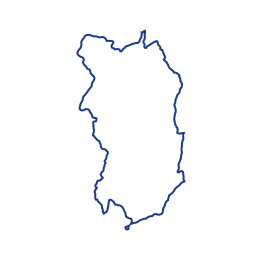 the district of Itinga, Minas Gerais, Brazil, rotated 15°
{"feature_id": "56859067B30106528147122", "entity_name": "Itinga", "entity_type": "district", "adm_level": 2, "iso_a3": "BRA", "parent_name": "Brazil", "parent_adm1": "Minas Gerais", "projection": "equal_earth", "projection_center": [-41.85, -16.599], "detail": "fine", "context": "isolated", "style": "outline", "palette": "blue", "viewbox_px": 256, "rotation_deg": 15, "n_neighbors": 0, "source": "geoboundaries", "source_scale": "gbopen_adm2", "svg_char_len": 5816}
<svg xmlns="http://www.w3.org/2000/svg" viewBox="0 0 256 256"><g transform="rotate(15 128 128)"><path d="M155.6,219.9L156.6,219.3L157.7,218.5L158.6,218.0L159.7,217.6L161.0,216.8L161.9,215.9L162.6,214.9L163.4,214.2L164.3,213.5L165.1,212.8L165.9,212.2L168.2,211.0L169.1,210.7L170.0,209.3L171.3,208.1L172.3,207.6L173.1,207.2L174.1,206.9L174.8,205.9L175.5,204.6L176.6,204.1L177.6,203.9L179.0,204.0L180.1,203.9L180.9,203.4L181.7,203.1L182.5,202.5L183.1,201.4L183.3,199.8L183.2,198.5L182.8,197.2L183.0,196.1L183.3,194.7L183.7,193.7L183.6,192.4L183.7,190.6L184.0,189.2L184.6,188.3L185.4,187.3L185.1,185.9L185.3,184.1L185.1,182.6L186.1,181.5L187.8,178.8L188.5,177.4L189.0,176.0L189.3,174.5L190.0,173.3L190.8,172.0L191.9,170.9L192.7,169.6L193.2,168.1L194.1,166.9L195.4,165.8L196.4,164.9L195.3,163.8L194.7,162.6L194.4,160.9L193.8,159.4L193.1,157.7L192.5,156.4L191.5,155.7L190.5,155.9L189.7,156.6L188.5,157.7L187.5,157.9L187.1,156.9L187.5,155.6L187.7,154.2L187.3,152.9L186.3,150.4L186.3,149.2L186.4,148.1L186.7,146.7L186.7,145.3L187.0,144.0L186.5,141.6L186.5,140.0L186.4,137.9L186.0,136.7L185.0,134.3L185.1,133.2L184.8,131.8L184.5,130.3L184.2,129.2L184.0,127.8L184.1,126.2L184.3,124.7L184.1,123.4L183.6,122.2L183.2,120.9L183.0,119.5L183.3,118.4L182.4,118.6L181.4,119.0L180.5,119.6L179.7,120.0L177.6,120.2L176.8,119.9L176.5,117.0L176.0,115.8L174.0,113.7L173.0,112.8L172.4,111.4L171.6,110.5L171.3,109.3L170.5,108.2L170.0,105.2L169.9,103.4L169.6,101.8L169.9,100.9L169.8,99.6L169.4,98.1L168.6,96.7L168.1,95.8L167.5,94.9L166.8,93.8L166.9,92.5L167.1,91.2L166.8,89.5L166.6,88.3L166.9,87.1L166.9,85.7L167.1,84.2L167.3,82.7L167.9,81.8L168.4,80.8L168.6,79.7L168.4,78.6L168.2,77.2L169.2,74.6L169.1,73.1L168.8,71.8L168.2,70.6L167.4,69.7L166.4,69.1L165.8,67.0L165.0,65.9L164.1,65.2L164.0,63.8L163.2,63.5L162.2,62.8L161.2,62.4L160.2,62.3L159.0,62.3L158.2,62.6L156.8,61.2L155.6,60.8L154.7,60.3L153.7,59.9L152.6,59.2L151.6,58.4L150.9,57.4L150.1,56.4L147.8,54.2L146.9,53.8L145.8,53.4L144.9,52.6L145.4,51.3L145.6,50.3L145.0,49.1L144.0,48.0L143.3,47.1L142.7,46.4L142.1,45.6L141.6,44.8L141.0,43.7L140.0,43.8L138.8,43.5L138.4,41.7L137.7,41.0L136.8,40.5L135.9,39.9L135.1,39.0L134.5,37.8L133.8,36.7L132.6,36.9L131.8,37.7L130.8,38.3L130.2,39.1L129.4,39.9L128.4,40.9L127.5,42.1L126.6,42.9L125.7,43.6L125.3,44.5L125.0,45.8L124.2,46.2L123.2,45.9L122.5,44.6L122.4,43.2L122.0,42.2L121.2,41.9L120.6,41.2L120.5,40.0L120.9,38.5L121.0,36.8L120.6,35.5L120.2,34.4L119.8,33.3L119.9,31.9L119.6,30.5L119.1,29.7L118.4,30.2L118.3,31.4L117.4,31.6L116.4,32.0L116.9,33.1L117.0,34.2L117.2,35.4L117.3,36.9L116.9,38.5L116.7,40.0L116.6,41.4L116.1,42.5L115.4,43.3L113.1,44.1L112.4,44.6L111.5,45.1L110.6,45.7L109.8,46.1L109.1,46.8L108.1,47.6L106.9,48.4L106.0,49.0L105.2,49.5L104.6,50.2L103.9,51.7L102.9,52.8L102.5,54.3L101.7,55.7L100.8,55.9L100.1,55.2L99.4,54.5L98.6,54.3L97.6,54.5L96.4,54.7L95.7,55.2L94.8,55.5L93.8,54.7L92.8,54.7L91.8,54.6L91.0,53.5L90.8,52.3L91.2,51.2L91.6,50.0L91.7,48.9L90.8,48.2L89.9,48.2L88.9,48.3L87.5,48.7L86.2,49.0L84.9,49.4L83.9,48.2L83.0,47.3L82.0,47.0L81.0,46.6L79.9,46.7L79.1,47.0L78.4,47.4L76.5,47.9L75.1,47.8L74.0,47.7L72.8,47.9L71.7,48.3L69.9,48.3L69.0,48.2L68.0,48.0L66.7,48.0L65.7,48.4L64.6,48.6L63.7,49.1L62.6,50.5L62.2,52.1L61.5,53.6L61.0,55.0L60.6,56.5L60.9,58.1L61.4,59.3L61.6,60.8L61.5,62.4L61.0,63.9L60.4,65.1L60.0,66.2L59.8,67.3L59.6,68.6L60.6,70.1L61.7,70.7L63.0,71.3L64.0,71.5L65.1,71.5L66.3,71.8L67.0,72.4L67.6,73.2L67.6,74.6L67.5,76.3L68.4,77.4L70.3,78.9L71.3,79.4L72.1,79.9L72.7,80.6L73.6,81.3L74.8,81.5L75.8,81.5L76.5,82.3L77.2,83.7L78.0,85.0L79.2,85.8L80.3,86.4L81.2,86.8L82.2,87.5L82.7,88.5L82.8,89.8L82.6,91.0L82.2,92.2L81.8,93.3L81.8,94.7L82.0,96.0L81.9,97.4L81.5,98.5L80.9,99.7L80.3,101.0L79.9,102.1L79.5,103.2L79.1,104.2L78.6,105.8L77.8,107.4L77.1,108.5L76.8,109.6L76.7,111.2L76.9,113.2L76.4,115.0L76.0,116.7L75.9,118.0L76.1,120.5L76.3,121.9L77.0,122.5L78.4,123.1L79.6,122.7L80.7,122.3L81.7,121.3L82.5,120.5L83.6,120.4L84.7,120.4L85.6,120.6L86.4,121.4L87.1,122.3L87.8,123.0L88.9,123.6L89.7,124.8L90.3,125.8L90.8,126.6L91.5,127.0L92.6,126.9L94.1,126.7L95.1,127.0L95.4,128.5L95.3,129.7L94.3,130.3L93.1,130.8L92.9,132.0L93.4,132.9L93.8,133.9L94.2,135.4L94.9,137.0L95.5,138.5L95.9,140.0L96.0,141.9L95.8,143.2L96.2,144.3L97.3,144.6L98.5,145.7L99.7,146.3L100.5,146.9L101.5,147.5L102.4,147.9L103.3,148.0L104.0,148.8L104.7,149.7L105.4,150.4L105.9,151.4L106.4,152.6L107.3,153.9L108.2,154.6L109.4,154.8L110.6,154.6L111.9,154.6L113.4,155.8L114.4,156.1L115.1,157.6L114.7,159.3L114.6,160.7L114.7,161.8L114.8,163.1L114.4,164.7L113.9,166.1L114.6,166.9L115.4,167.5L114.9,169.6L115.1,171.3L114.8,172.8L115.3,174.6L115.1,176.0L114.4,176.9L114.0,177.9L113.7,179.0L113.7,180.2L114.5,181.1L115.3,181.9L116.5,182.6L116.1,183.7L115.4,184.5L115.0,185.7L114.1,186.1L113.1,186.3L112.2,187.2L112.0,188.5L112.2,189.7L111.5,191.0L111.4,192.3L112.3,193.5L113.3,193.7L113.2,194.9L112.5,196.0L112.2,197.1L112.3,198.5L113.1,199.5L113.7,200.6L113.7,201.8L114.2,202.8L114.5,204.3L115.7,205.5L116.5,205.1L117.3,205.5L117.8,206.4L118.7,206.9L119.7,207.6L120.7,208.1L121.6,208.8L122.6,209.4L123.2,210.5L123.5,211.8L124.2,212.6L124.9,213.6L125.1,215.1L126.1,216.0L126.8,216.9L127.5,216.0L128.2,215.3L128.9,214.5L129.2,213.4L129.4,211.9L129.2,210.4L129.1,208.9L129.0,207.1L128.7,205.8L128.6,204.6L128.5,203.5L128.7,202.2L129.9,201.8L130.8,202.0L131.6,202.3L132.3,202.7L133.3,203.0L134.3,204.2L135.3,205.3L136.6,205.0L137.5,205.1L138.4,205.2L139.2,204.9L140.1,204.9L141.1,205.2L142.6,205.5L143.9,206.7L145.6,208.7L146.4,209.7L147.2,210.5L147.8,211.5L148.4,212.8L149.3,214.3L151.2,214.7L152.4,214.9L153.5,215.0L154.5,214.9L155.4,215.8L155.8,216.9L155.8,218.3L155.6,219.9ZM154.6,225.3L154.0,223.9L154.4,222.0L153.6,222.4L153.0,223.1L152.2,223.7L151.2,224.6L152.0,226.0L153.1,226.3L153.9,226.0L154.6,225.3Z" fill="none" stroke="#1e3a8a" stroke-width="2"/></g></svg>